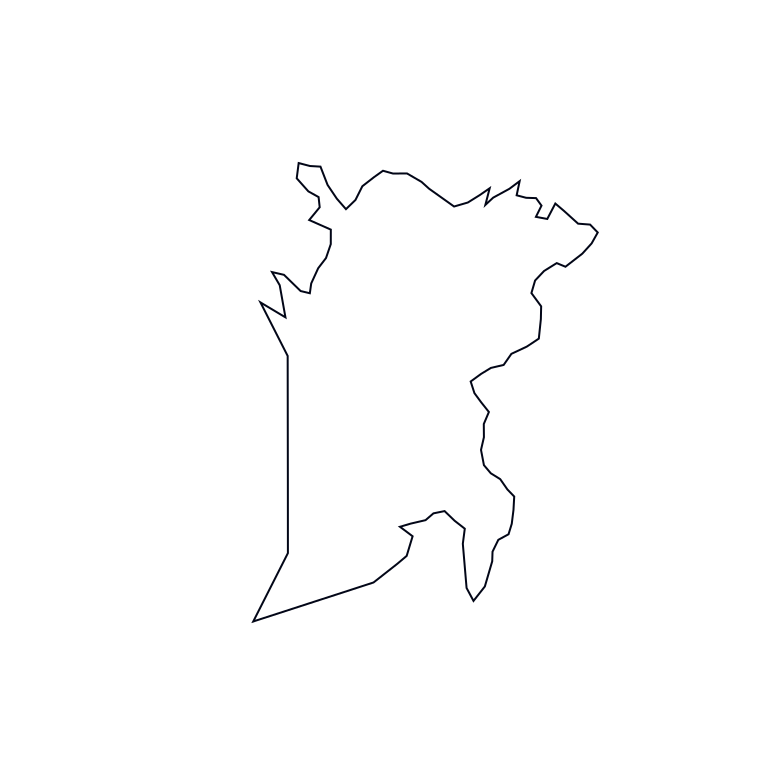 Guaramiranga, Ceará, Brazil, rotated 46°
{"feature_id": "56859067B5933904646135", "entity_name": "Guaramiranga", "entity_type": "district", "adm_level": 2, "iso_a3": "BRA", "parent_name": "Brazil", "parent_adm1": "Ceará", "projection": "robinson", "projection_center": [-38.956, -4.252], "detail": "fine", "context": "isolated", "style": "outline", "palette": "ink", "viewbox_px": 768, "rotation_deg": 46, "n_neighbors": 0, "source": "geoboundaries", "source_scale": "gbopen_adm2", "svg_char_len": 1425}
<svg xmlns="http://www.w3.org/2000/svg" viewBox="0 0 768 768"><g transform="rotate(46 384 384)"><path d="M602.2,470.3L599.7,452.1L593.2,440.7L586.7,429.3L580.0,422.4L575.5,410.0L578.6,398.8L573.3,389.2L564.5,378.3L555.4,368.5L545.6,368.5L533.2,366.5L522.4,369.2L511.8,368.5L498.8,360.0L491.7,349.1L482.1,340.0L477.0,328.0L464.6,326.8L453.4,325.3L442.4,319.9L444.2,307.0L446.7,295.9L453.4,284.7L450.8,271.4L456.3,255.3L458.9,241.1L446.3,226.1L437.3,217.0L421.0,214.8L414.5,203.4L413.9,190.3L417.0,175.8L425.7,172.0L428.0,150.8L427.1,137.0L423.5,125.0L412.5,125.0L403.5,133.0L384.4,134.3L373.2,135.4L378.7,151.9L369.3,158.6L365.1,146.8L355.9,145.5L348.8,152.4L340.4,157.5L332.3,145.5L330.7,158.2L325.8,176.0L325.6,186.7L316.6,172.0L314.6,184.0L311.7,197.6L305.0,210.3L274.9,215.9L264.7,216.6L248.5,221.2L238.9,231.3L229.9,236.6L228.3,247.3L226.7,262.2L231.8,276.7L231.8,289.9L217.9,289.2L201.6,286.3L183.5,278.7L175.8,285.8L165.8,291.9L175.4,303.9L192.9,304.6L204.1,301.2L212.2,307.5L214.1,323.9L236.0,315.0L246.4,325.1L253.1,338.2L255.0,350.9L261.1,366.5L267.2,374.3L259.2,379.4L236.0,380.1L225.7,386.8L240.5,390.4L267.6,408.6L239.5,416.2L296.9,433.8L388.3,521.8L438.9,570.6L464.0,643.0L513.4,541.9L519.5,529.4L522.6,499.1L523.4,487.1L513.4,469.2L497.8,471.7L502.9,461.9L510.8,448.7L511.4,438.3L517.5,428.7L531.4,428.2L544.2,426.4L553.7,438.3L588.1,466.3L602.2,470.3Z" fill="none" stroke="#020617" stroke-width="2"/></g></svg>